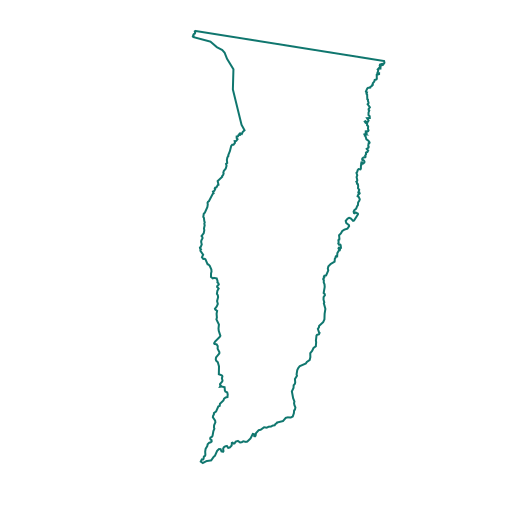 Sapezal, Mato Grosso, Brazil, rotated 189°
{"feature_id": "56859067B20407124010543", "entity_name": "Sapezal", "entity_type": "district", "adm_level": 2, "iso_a3": "BRA", "parent_name": "Brazil", "parent_adm1": "Mato Grosso", "projection": "mercator", "projection_center": [-58.676, -12.959], "detail": "fine", "context": "isolated", "style": "outline", "palette": "teal", "viewbox_px": 512, "rotation_deg": 189, "n_neighbors": 0, "source": "geoboundaries", "source_scale": "gbopen_adm2", "svg_char_len": 6086}
<svg xmlns="http://www.w3.org/2000/svg" viewBox="0 0 512 512"><g transform="rotate(189 256 256)"><path d="M278.4,44.3L276.2,43.2L272.8,45.7L268.3,47.1L266.4,51.0L265.3,52.3L263.9,57.5L262.4,59.5L260.8,59.7L259.5,57.6L257.9,57.5L257.6,58.2L258.3,60.4L257.9,62.0L256.6,63.2L255.0,63.8L253.4,62.1L251.9,62.8L250.4,65.0L250.6,67.6L249.9,68.0L248.7,67.2L247.9,67.5L247.0,69.5L244.9,70.5L242.5,69.3L240.8,69.9L239.6,71.0L237.0,70.8L235.6,71.3L232.9,74.9L231.3,79.8L229.9,79.7L229.5,77.8L228.7,77.8L228.3,78.5L228.3,81.0L226.1,84.4L224.2,85.1L221.2,88.1L218.6,88.1L216.7,89.4L214.5,89.9L213.0,91.1L211.1,91.7L210.4,93.3L209.4,94.0L209.2,94.8L203.5,97.2L201.3,100.8L199.4,101.6L196.4,101.9L194.6,103.2L194.0,106.6L194.2,109.5L193.5,110.3L193.4,112.6L194.7,114.7L195.4,116.6L195.3,118.3L197.1,121.4L199.4,127.9L198.3,131.6L198.6,134.2L197.6,135.9L197.5,137.3L198.3,140.6L196.8,144.1L197.4,145.4L197.4,149.7L196.8,151.8L195.6,154.0L190.0,157.6L189.2,159.3L186.7,161.7L186.5,164.6L187.2,168.5L185.7,171.1L184.8,174.2L182.8,176.2L183.1,180.3L183.6,181.8L183.8,186.9L183.4,187.7L181.6,188.5L181.2,190.0L181.8,190.4L183.5,193.7L182.7,195.3L182.7,196.9L179.3,201.2L178.5,204.1L179.2,209.7L179.2,214.6L181.6,219.9L181.3,220.9L182.5,223.5L182.8,226.0L181.8,228.1L182.3,229.3L183.4,230.0L183.3,236.2L183.9,238.7L185.0,240.6L185.2,242.8L185.9,243.3L186.0,244.4L185.3,245.1L185.2,245.8L185.7,246.3L185.4,247.2L183.7,247.8L182.6,252.1L182.4,253.2L183.1,254.8L182.9,257.1L181.0,259.8L177.5,262.7L177.7,265.7L177.0,267.1L177.2,267.9L176.8,268.5L175.8,268.4L176.1,271.6L175.0,274.4L174.2,274.7L174.1,275.7L174.9,275.6L175.7,276.3L175.5,277.2L173.4,277.5L174.1,280.0L174.8,280.5L175.7,280.1L176.7,281.2L176.5,282.4L177.1,284.5L176.9,285.1L176.3,285.3L176.3,286.1L177.2,289.5L175.7,291.6L174.7,294.2L172.8,295.9L170.0,297.3L168.7,300.0L169.0,301.0L172.0,302.7L172.9,304.7L171.4,307.2L170.0,308.3L168.2,307.9L165.6,305.9L164.7,306.4L161.8,313.1L162.0,313.8L164.4,314.6L165.2,313.6L165.9,313.7L166.5,315.0L166.1,316.6L164.5,318.4L163.9,321.1L163.3,322.1L163.5,324.9L162.6,326.8L162.4,328.3L163.8,330.4L165.0,330.9L164.8,332.1L163.4,334.0L163.7,334.6L164.5,334.1L164.9,334.7L164.4,337.5L165.9,339.0L166.0,340.9L166.6,342.9L167.6,343.2L167.6,344.0L168.5,345.1L167.9,345.8L167.8,346.7L169.0,349.7L168.6,351.6L169.8,353.8L169.2,354.9L169.0,356.7L168.3,357.9L166.4,357.9L166.1,358.7L166.5,361.8L165.8,363.3L166.6,363.5L166.5,364.9L165.9,364.9L165.5,364.1L164.6,364.1L163.6,365.3L163.6,366.1L164.3,367.1L165.1,367.5L165.8,367.2L166.3,368.2L166.2,369.0L165.2,370.2L163.7,370.5L163.3,371.1L163.9,372.3L163.2,373.5L163.6,375.2L163.2,375.8L162.3,376.0L161.7,377.7L163.4,379.1L161.8,380.7L161.8,381.6L162.4,382.2L162.4,385.0L161.7,385.2L161.6,386.0L163.1,387.5L165.2,388.5L166.9,392.1L167.2,391.1L167.4,392.4L167.8,392.9L166.8,393.1L167.4,393.3L167.2,393.9L165.9,394.2L166.0,395.0L166.4,395.7L167.0,395.7L167.1,396.3L164.8,396.8L164.5,397.6L165.4,399.4L165.4,401.3L165.8,402.0L166.7,402.4L166.9,404.0L168.6,404.7L169.6,405.8L169.0,406.3L167.7,405.5L166.5,406.0L166.0,407.4L167.9,409.5L165.2,410.1L165.6,411.9L166.8,412.6L167.0,413.2L167.3,415.2L166.9,417.5L167.6,417.9L167.8,418.7L166.8,420.7L169.5,423.4L168.8,424.5L168.9,425.3L169.7,426.6L169.9,428.0L170.6,428.3L171.5,432.9L172.3,433.5L172.0,434.9L172.6,434.9L173.2,435.6L172.3,438.9L171.7,439.6L169.5,440.2L169.5,441.0L168.2,442.0L168.1,442.9L167.4,443.3L167.7,444.8L166.5,446.8L166.3,448.5L164.7,449.2L164.4,449.9L165.1,453.8L162.9,454.9L163.0,455.6L164.2,455.0L164.8,455.5L164.3,457.9L164.4,458.7L165.0,459.3L163.8,461.1L163.3,460.4L162.4,460.6L162.6,462.5L163.6,463.4L163.5,464.5L161.9,465.3L161.4,464.2L160.6,464.5L160.3,465.8L159.6,466.1L159.4,467.1L160.0,468.6L351.1,468.8L351.6,468.3L351.0,467.0L351.2,466.1L352.2,465.4L352.6,464.1L352.1,463.6L352.6,462.8L352.0,462.4L334.5,460.6L327.3,456.1L321.6,454.2L318.8,451.9L315.5,446.3L307.5,436.9L304.9,416.9L290.8,383.3L287.0,378.4L288.5,376.5L289.1,374.3L290.9,374.7L291.4,374.2L290.8,373.1L292.2,372.7L292.5,371.4L293.8,371.0L293.6,369.5L292.5,368.5L293.5,366.7L294.2,366.1L295.0,366.1L294.5,364.4L295.6,362.4L296.9,362.2L297.7,360.8L298.2,355.5L299.2,351.1L298.9,350.5L299.7,348.9L299.8,346.3L299.0,343.4L300.0,342.3L299.2,340.5L299.6,337.5L301.1,335.0L301.3,333.1L300.9,332.5L301.1,331.0L302.0,329.5L301.8,328.9L305.6,324.0L304.2,320.5L304.9,320.1L305.8,317.6L307.0,317.1L307.3,316.3L306.8,315.6L307.4,313.8L308.6,312.9L307.7,311.3L308.4,310.7L311.1,302.7L311.9,302.0L312.2,300.9L311.7,299.4L311.7,296.7L313.3,290.8L314.2,289.6L314.2,286.4L313.4,285.5L312.5,282.3L311.9,281.3L312.1,279.8L311.5,278.3L311.7,275.0L311.1,273.4L311.2,270.3L312.9,267.2L311.8,266.1L311.6,265.1L312.4,262.8L312.4,261.4L311.4,258.9L312.1,256.0L312.7,255.6L312.5,254.9L311.4,254.0L311.9,253.2L311.6,252.3L308.4,249.0L309.2,246.3L307.6,244.8L306.3,245.2L305.4,244.8L302.5,240.2L301.7,240.2L300.2,239.1L298.0,235.7L297.5,233.6L297.7,231.9L297.2,228.3L295.2,227.1L294.1,227.8L291.3,227.7L290.0,225.1L290.0,223.9L288.8,223.1L288.3,222.0L289.6,220.2L289.6,219.4L287.8,218.0L288.7,215.6L288.7,212.5L287.6,211.3L287.0,209.5L287.4,205.4L286.2,202.7L286.9,200.0L288.3,197.5L287.9,196.8L285.8,195.7L285.9,192.8L285.0,189.1L285.2,187.2L281.9,182.5L281.7,178.5L281.1,176.3L278.7,171.6L279.0,170.7L283.0,165.1L283.7,163.3L283.2,162.6L281.1,162.6L280.4,161.8L279.7,161.0L279.4,158.4L277.1,155.3L277.0,154.0L279.6,149.6L279.6,147.7L279.0,146.4L277.1,145.1L275.3,141.2L274.2,133.4L271.7,132.9L270.7,132.5L270.3,131.6L270.6,130.1L269.6,127.7L269.7,126.8L271.5,123.9L271.4,123.2L270.6,122.6L271.1,121.2L269.4,121.7L266.5,121.5L265.7,118.3L265.0,117.3L263.1,116.8L262.3,114.9L262.1,112.2L263.9,111.5L265.2,110.1L265.6,108.2L268.5,104.4L268.4,102.3L269.7,101.5L271.1,96.2L273.0,94.3L272.8,93.0L273.4,91.4L273.4,90.0L270.6,87.0L270.1,85.4L270.9,82.3L270.7,80.1L270.1,78.9L270.7,76.4L270.8,71.7L271.1,70.7L272.6,69.5L272.7,68.6L272.3,67.7L271.1,67.2L270.8,65.8L271.7,64.8L273.0,64.3L274.3,62.5L274.4,60.6L275.6,57.7L275.6,54.9L274.9,51.6L275.1,50.6L276.1,49.8L276.1,47.3L276.5,46.7L277.7,46.6L278.4,44.3Z" fill="none" stroke="#0f766e" stroke-width="2"/></g></svg>